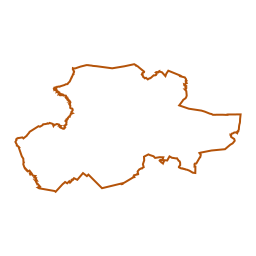 Berkelland, Gelderland, Netherlands
{"feature_id": "6326949B96669019426650", "entity_name": "Berkelland", "entity_type": "district", "adm_level": 2, "iso_a3": "NLD", "parent_name": "Netherlands", "parent_adm1": "Gelderland", "projection": "equal_earth", "projection_center": [6.555, 52.102], "detail": "fine", "context": "isolated", "style": "outline", "palette": "amber", "viewbox_px": 256, "rotation_deg": 0, "n_neighbors": 0, "source": "geoboundaries", "source_scale": "gbopen_adm2", "svg_char_len": 5555}
<svg xmlns="http://www.w3.org/2000/svg" viewBox="0 0 256 256"><path d="M168.3,70.7L166.3,73.7L165.4,76.1L162.0,72.3L159.7,71.6L159.3,71.4L159.3,71.2L159.1,71.3L159.3,71.7L158.4,72.4L157.3,72.1L156.9,72.3L156.3,72.1L155.9,72.4L156.8,72.9L156.6,73.5L156.3,74.1L156.4,74.4L155.8,74.8L155.8,75.1L154.9,75.4L153.7,75.3L150.9,77.8L149.9,78.4L149.4,78.5L149.4,78.4L148.9,78.6L147.8,79.4L146.0,77.8L144.8,78.3L144.4,77.9L143.6,77.1L143.3,77.0L143.3,76.7L142.0,74.7L142.3,74.6L142.0,74.3L142.2,73.5L142.4,73.5L142.8,73.0L142.8,72.9L144.0,72.2L144.1,71.6L139.4,67.8L137.7,66.3L136.6,65.8L136.2,65.8L136.1,65.5L135.2,64.8L134.6,64.7L134.9,64.6L134.2,64.2L124.3,66.3L112.2,68.3L96.5,66.2L92.9,65.9L91.6,65.6L88.8,65.3L88.7,65.2L86.5,65.1L80.5,66.6L75.2,68.4L73.4,68.4L72.9,68.2L72.8,69.2L73.4,70.2L73.5,70.8L74.1,71.3L74.1,71.5L74.0,72.2L73.7,72.6L73.5,73.7L73.1,74.1L73.3,74.4L72.9,74.6L72.5,75.7L71.9,76.8L71.8,77.4L71.5,77.9L71.4,77.8L70.0,81.0L69.5,81.8L68.4,82.8L67.5,84.1L65.7,84.3L64.5,85.0L60.3,86.3L60.2,86.4L59.7,86.7L59.3,86.5L58.3,86.6L57.9,86.8L57.0,86.8L56.6,87.4L55.5,87.3L54.9,87.7L54.3,87.7L54.1,88.1L53.5,88.1L54.7,88.6L53.9,88.9L54.1,89.5L54.3,89.2L54.8,89.2L55.0,89.6L55.9,89.7L55.7,90.1L55.8,90.2L56.4,90.0L56.7,90.1L56.8,90.3L56.7,90.5L56.2,90.6L56.7,90.9L56.8,91.5L56.7,91.9L57.3,91.6L57.5,92.1L57.8,92.4L58.0,92.3L57.9,91.7L58.4,91.7L58.9,92.3L58.9,92.6L59.3,92.6L59.4,93.6L59.1,94.1L59.4,94.0L59.8,94.3L59.8,94.5L59.3,94.6L59.9,95.2L60.0,95.2L60.2,94.6L60.3,94.6L60.6,94.6L60.6,95.1L61.0,95.3L61.8,95.0L61.5,94.6L60.8,94.4L61.0,94.0L61.3,94.2L61.9,94.3L61.8,94.6L62.9,94.7L62.9,94.9L62.7,95.2L63.3,95.5L63.5,95.5L63.6,95.2L64.3,95.5L65.9,95.7L66.1,96.3L66.1,96.9L66.7,97.2L65.9,97.6L66.5,98.3L67.0,98.6L66.8,98.7L67.0,98.9L67.5,99.0L67.3,99.3L67.5,99.9L68.0,100.1L68.2,99.8L68.4,99.8L69.4,100.6L69.5,101.1L69.9,101.4L69.9,101.5L69.4,101.8L70.1,101.9L70.4,102.2L70.4,102.5L70.1,103.0L70.0,103.7L69.2,104.0L69.8,105.0L70.3,105.4L70.2,107.5L70.3,108.0L71.3,108.5L72.2,108.6L72.6,109.2L72.7,110.3L72.1,111.2L71.5,111.7L71.5,112.3L71.2,113.0L72.0,113.2L71.9,113.3L72.2,113.4L71.3,113.8L70.8,113.9L70.6,114.2L70.4,115.2L70.0,115.7L69.7,116.7L69.1,116.5L67.8,118.0L67.9,118.6L67.5,119.2L66.7,119.2L66.7,119.7L66.0,120.2L66.4,120.6L65.7,121.1L66.4,121.6L66.6,122.0L66.2,123.1L66.4,124.5L65.7,124.9L65.8,124.9L65.5,125.4L65.1,125.5L64.7,126.8L64.4,127.0L64.4,128.1L64.6,128.1L64.2,128.6L63.8,128.5L63.2,128.8L62.2,128.3L60.7,127.7L60.4,127.5L60.8,127.3L60.4,126.7L60.9,126.0L59.0,125.8L59.5,125.1L59.2,124.6L57.4,124.1L56.8,124.0L54.6,125.0L54.3,124.8L53.5,126.0L52.7,123.9L49.6,122.9L49.0,123.4L48.0,123.7L47.7,123.7L47.5,123.4L45.9,124.0L43.1,124.3L42.5,125.2L40.6,126.3L39.9,126.7L38.5,126.2L29.8,131.7L29.4,132.1L29.2,132.6L26.9,135.4L26.8,135.7L23.4,138.4L22.9,137.8L22.3,137.4L18.3,138.1L18.1,138.0L17.9,138.2L16.8,138.6L16.2,139.3L16.5,140.0L15.4,141.9L16.1,143.2L16.1,143.4L16.8,144.4L16.8,145.6L18.1,146.2L19.2,147.4L18.8,147.6L21.8,156.3L21.7,156.2L23.3,158.6L23.5,162.4L23.8,162.5L23.4,163.4L23.3,164.3L24.4,167.4L24.9,168.4L25.2,168.2L26.4,169.7L26.5,169.6L26.9,170.0L27.0,170.3L26.7,170.5L27.7,171.4L29.5,170.6L31.1,172.7L29.8,173.3L30.3,174.6L32.0,174.0L32.9,175.6L35.4,176.0L34.3,177.6L36.1,178.1L35.8,178.8L36.9,180.6L35.3,180.4L35.4,180.5L37.2,184.1L37.6,183.8L40.0,186.6L38.6,187.1L38.9,187.5L38.1,187.7L39.1,188.3L54.6,191.0L55.6,191.8L62.5,184.3L63.4,183.5L63.5,183.5L65.1,182.0L67.2,183.3L69.2,181.3L70.0,182.6L71.3,181.3L71.2,181.1L72.0,180.3L71.7,179.9L72.3,179.4L73.1,179.7L74.0,178.2L77.3,179.8L83.0,173.1L86.9,176.1L88.4,174.6L102.0,188.2L121.0,183.6L121.4,184.2L122.5,184.0L122.4,183.3L124.1,182.8L132.0,178.1L133.2,177.4L134.0,177.2L133.8,177.0L134.1,176.9L134.3,176.1L134.0,175.8L134.5,175.4L134.4,175.2L137.8,174.3L137.6,173.9L137.4,173.7L137.7,173.3L138.0,173.3L137.6,171.6L138.1,170.8L138.6,170.3L139.4,169.3L140.9,168.7L141.1,168.4L142.1,168.4L142.4,167.9L143.7,167.2L142.9,164.2L144.2,160.4L144.0,156.7L148.4,154.4L150.0,155.1L153.6,156.3L154.9,157.8L155.2,157.9L159.6,157.2L163.3,157.3L162.3,160.1L160.3,159.9L159.9,160.3L160.2,160.7L159.9,160.9L161.6,162.6L162.7,163.0L163.0,163.4L164.4,160.2L167.2,160.5L169.5,156.4L172.2,157.9L173.0,157.9L175.3,158.3L177.1,158.3L177.7,159.5L178.1,159.8L178.6,160.7L179.6,161.3L180.1,162.5L180.2,165.1L178.9,166.8L178.9,167.3L181.3,168.5L182.0,168.3L184.1,168.9L184.0,169.0L184.9,169.2L185.6,169.5L187.0,169.7L189.5,170.7L192.8,172.7L195.3,173.0L195.4,166.7L194.5,166.6L194.6,166.1L194.5,164.2L194.9,163.6L196.3,163.5L199.8,157.4L200.2,157.3L200.8,154.9L200.6,154.2L200.0,153.9L199.4,153.0L200.3,152.7L211.5,150.5L225.0,149.2L230.3,144.7L232.6,143.4L234.6,141.0L234.7,140.6L234.2,139.0L231.2,137.0L231.0,136.1L230.7,135.6L231.0,135.4L230.6,134.6L231.2,134.6L231.9,133.6L233.3,133.2L234.2,132.5L236.1,132.4L237.2,133.2L237.3,132.9L237.5,132.3L238.0,131.6L237.5,131.4L238.1,130.8L238.8,129.7L239.1,126.0L239.3,125.0L239.5,124.0L239.8,123.2L240.0,121.8L240.1,119.0L240.6,114.4L227.5,114.5L227.5,114.9L226.4,114.9L222.0,114.7L212.9,114.8L211.5,114.0L209.9,113.7L204.7,111.6L201.4,110.6L188.8,108.7L179.2,105.4L182.6,100.9L183.2,99.9L185.6,98.2L186.4,96.7L186.7,95.5L186.3,91.1L184.8,89.4L185.7,89.4L186.3,88.1L185.9,87.9L185.8,87.5L185.5,87.4L185.7,86.6L186.0,86.3L185.8,86.2L186.1,85.9L185.4,85.3L184.3,85.2L184.2,84.7L184.5,84.9L184.8,84.8L184.8,84.5L185.0,84.1L185.7,83.4L186.6,83.1L186.4,82.8L186.2,82.0L185.9,81.8L186.5,80.9L186.1,80.7L185.9,81.0L185.7,80.8L186.1,79.3L184.8,77.4L180.8,76.4L181.2,76.1L180.6,75.7L168.3,70.7Z" fill="none" stroke="#b45309" stroke-width="2"/></svg>